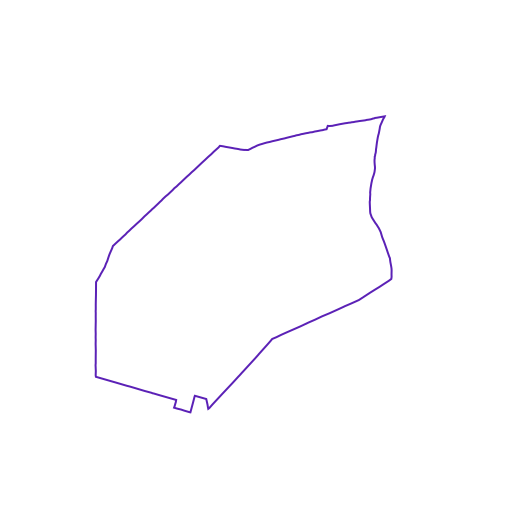 outline of Al-Rutba, Al-Anbar, Iraq, rotated 301°
{"feature_id": "34846034B71122492404189", "entity_name": "Al-Rutba", "entity_type": "district", "adm_level": 2, "iso_a3": "IRQ", "parent_name": "Iraq", "parent_adm1": "Al-Anbar", "projection": "natural_earth1", "projection_center": [41.592, 32.564], "detail": "fine", "context": "isolated", "style": "outline", "palette": "violet", "viewbox_px": 512, "rotation_deg": 301, "n_neighbors": 0, "source": "geoboundaries", "source_scale": "gbopen_adm2", "svg_char_len": 4152}
<svg xmlns="http://www.w3.org/2000/svg" viewBox="0 0 512 512"><g transform="rotate(301 256 256)"><path d="M404.5,250.5L402.5,250.9L401.0,251.2L399.6,249.6L398.2,248.3L396.9,246.7L394.7,244.3L393.0,242.3L391.2,240.6L389.7,238.6L388.5,237.4L387.4,236.1L386.6,235.2L384.9,233.4L383.7,232.0L382.0,230.5L380.2,228.4L378.9,227.3L377.5,225.8L375.8,224.1L374.3,222.6L373.1,221.4L371.6,220.0L370.1,218.4L369.1,217.3L368.6,216.8L367.1,215.4L364.9,213.1L362.8,210.9L360.9,209.1L358.7,206.7L357.5,205.6L357.1,205.2L355.3,203.6L353.5,201.9L351.4,200.2L349.0,198.7L346.9,197.2L344.8,196.0L343.8,195.3L342.8,194.7L341.8,192.9L340.8,191.2L340.0,189.5L339.2,187.7L338.7,186.1L338.0,184.3L337.2,182.4L336.5,180.4L335.7,178.3L334.8,176.0L333.9,173.7L333.2,171.6L332.1,168.9L331.8,168.3L329.8,168.0L326.9,167.1L323.7,166.1L320.1,165.2L318.0,164.5L316.1,163.9L312.1,162.8L308.4,161.7L304.8,160.7L300.9,159.6L297.9,158.8L294.6,157.7L291.5,156.9L288.4,155.9L285.9,155.2L283.4,154.5L280.4,153.7L277.8,152.9L274.7,152.1L272.1,151.1L269.6,150.6L266.4,149.7L263.5,148.9L260.5,147.8L257.0,146.8L254.9,146.4L252.6,145.7L250.5,145.2L250.3,145.1L250.2,145.1L247.3,144.3L244.7,143.6L242.7,142.9L240.6,142.4L238.4,141.7L235.5,140.9L232.6,140.0L228.8,139.1L225.6,138.2L222.1,137.1L218.6,136.1L215.4,135.1L212.3,134.3L209.8,133.5L207.2,133.0L205.0,132.3L202.6,131.6L200.2,131.0L197.8,130.2L194.4,129.2L192.2,128.6L190.9,128.2L188.6,128.7L186.2,129.0L183.0,129.4L181.2,129.7L178.9,130.2L175.1,131.1L172.1,131.4L168.6,132.1L166.3,132.1L163.3,132.2L160.9,132.2L158.6,132.4L155.4,132.4L151.9,132.3L151.3,132.3L150.3,132.9L143.9,136.7L139.8,139.1L134.0,142.4L131.6,143.8L127.8,146.1L126.1,147.0L124.6,148.0L121.7,149.7L117.8,152.1L113.1,154.8L110.0,156.6L106.7,158.7L103.9,160.3L101.4,161.9L97.9,163.9L92.4,167.4L87.6,170.2L83.4,172.7L81.6,173.8L79.8,174.7L74.8,178.0L71.2,180.0L70.0,181.0L70.9,184.4L73.8,195.3L75.3,200.9L78.3,212.4L79.1,215.0L80.5,220.4L83.0,230.2L84.9,236.8L85.1,238.2L85.4,238.9L85.5,239.2L86.7,243.9L91.5,261.7L89.5,262.5L87.9,262.9L85.3,263.6L83.8,263.9L84.6,267.1L85.8,270.9L86.5,274.1L87.4,277.6L87.9,279.5L88.2,280.3L94.5,278.5L97.3,277.7L100.7,276.7L103.7,275.8L104.7,275.6L107.8,287.0L105.4,289.3L103.6,291.0L101.7,292.6L100.4,293.8L101.6,294.3L106.1,295.1L113.2,296.6L120.4,298.1L124.5,299.0L135.1,301.3L144.0,303.1L144.7,303.3L148.9,304.1L150.2,304.4L156.2,305.6L166.9,307.8L172.7,308.9L173.0,308.9L184.0,311.0L184.4,311.1L190.4,312.2L193.2,312.6L196.9,315.3L201.7,318.4L206.0,321.4L212.2,325.8L218.4,330.2L226.2,335.4L231.8,339.4L238.3,343.7L244.8,348.5L252.6,353.9L257.9,357.5L258.3,357.7L264.1,361.9L268.4,364.9L271.3,366.9L274.4,368.4L283.3,372.7L288.8,375.5L293.0,377.7L297.4,379.8L303.1,382.6L306.0,383.8L307.9,383.0L310.1,381.6L313.6,379.6L315.2,378.5L317.1,376.9L319.9,374.4L321.5,373.1L323.1,371.9L324.0,370.6L326.9,367.1L328.7,365.0L331.3,361.9L333.2,359.6L334.8,357.6L335.5,356.6L337.2,354.4L338.3,353.2L339.5,351.9L340.7,350.6L341.1,350.0L342.1,348.5L343.3,346.6L343.7,345.7L345.0,343.2L345.7,341.4L347.0,338.8L347.9,337.0L348.8,335.3L349.4,334.5L350.2,333.6L350.8,332.8L351.6,331.9L353.1,330.8L355.7,329.1L358.7,327.1L361.0,325.6L362.7,324.9L364.0,324.1L365.9,323.1L367.7,322.2L369.3,321.1L371.2,320.2L372.9,319.4L376.4,318.0L377.9,317.4L379.4,316.9L381.4,316.2L381.5,316.2L383.8,315.6L385.5,315.3L387.8,314.7L389.1,314.3L390.7,313.6L392.3,312.9L393.6,312.1L395.6,310.6L397.6,309.2L399.4,308.1L401.0,307.4L402.3,306.6L403.2,306.5L404.1,306.0L406.2,305.4L407.8,304.7L408.9,304.1L409.3,303.9L410.8,303.3L413.5,302.1L415.8,301.1L418.6,300.0L420.4,299.3L422.5,298.6L424.1,298.2L426.6,297.3L429.0,296.4L430.4,295.8L431.8,295.4L433.2,295.2L435.0,295.0L436.5,294.8L438.7,294.5L440.6,294.5L441.4,294.5L442.0,294.4L441.4,293.7L439.5,291.5L436.7,288.3L435.7,287.0L434.7,286.3L434.2,285.6L433.2,284.8L432.4,284.1L431.1,282.6L429.6,280.7L428.8,280.0L428.2,279.3L424.9,275.1L423.7,273.7L422.5,272.2L421.0,270.6L419.9,269.1L419.1,268.3L418.5,267.5L418.0,266.8L417.1,265.8L415.5,263.8L414.7,262.9L411.9,259.7L410.4,258.1L409.4,257.0L408.3,255.8L406.9,254.4L406.0,253.1L405.1,251.8L404.8,251.1L404.5,250.5Z" fill="none" stroke="#5b21b6" stroke-width="2"/></g></svg>